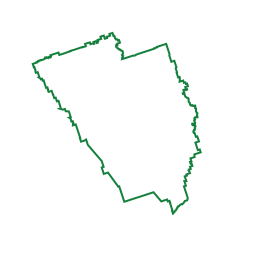 the district of West Arthur, Western Australia, Australia, rotated 252°
{"feature_id": "25037944B89790845522775", "entity_name": "West Arthur", "entity_type": "district", "adm_level": 2, "iso_a3": "AUS", "parent_name": "Australia", "parent_adm1": "Western Australia", "projection": "albers", "projection_center": [116.778, -33.44], "detail": "fine", "context": "isolated", "style": "outline", "palette": "green", "viewbox_px": 256, "rotation_deg": 252, "n_neighbors": 0, "source": "geoboundaries", "source_scale": "gbopen_adm2", "svg_char_len": 5612}
<svg xmlns="http://www.w3.org/2000/svg" viewBox="0 0 256 256"><g transform="rotate(252 128 128)"><path d="M137.8,194.6L138.4,193.8L138.4,193.4L138.5,193.3L139.4,192.9L140.1,192.2L143.2,192.2L143.2,190.9L144.1,190.8L144.1,192.4L147.0,192.4L147.0,194.6L146.2,194.6L146.2,196.1L146.7,196.1L146.7,195.1L149.2,195.1L149.2,197.9L150.1,197.9L150.5,198.0L151.2,197.9L152.0,197.9L152.0,196.7L153.7,196.6L153.7,195.1L156.1,195.1L156.1,191.4L158.2,192.3L159.3,192.5L159.5,192.8L160.6,192.8L160.6,191.3L162.6,191.3L165.5,191.3L165.6,191.8L170.1,191.8L170.7,192.8L177.6,192.8L177.6,189.7L184.2,189.7L185.3,190.3L196.2,190.3L196.2,180.5L195.7,180.5L195.7,177.5L195.3,177.5L195.3,158.3L194.9,157.7L194.8,156.3L195.3,155.5L195.3,143.7L195.6,143.9L195.5,144.1L195.5,144.5L196.0,144.7L196.2,145.0L196.5,144.9L196.8,144.3L197.0,144.5L197.4,145.1L197.9,145.5L198.0,145.3L198.7,145.1L198.9,144.8L199.2,144.8L199.3,145.0L199.6,145.3L199.8,145.9L200.0,146.1L200.9,146.2L201.1,146.5L201.9,146.5L202.5,146.6L202.8,146.6L202.9,146.3L203.3,146.1L203.6,145.5L204.0,145.5L204.5,145.1L204.5,144.8L204.9,144.7L205.1,144.4L205.4,144.4L205.6,144.3L205.6,144.1L205.4,143.9L205.6,143.6L206.3,143.2L206.6,143.2L206.9,143.1L207.0,142.9L207.6,142.5L207.8,142.2L208.1,142.2L208.3,142.1L208.5,142.1L208.8,141.8L209.2,141.8L209.3,141.9L209.2,142.1L209.7,142.2L209.5,142.5L209.8,142.9L209.8,143.2L210.0,143.2L210.2,142.9L210.4,142.9L210.3,143.1L210.4,143.6L210.9,143.5L211.5,143.7L211.6,146.7L214.3,146.7L214.3,145.4L215.0,145.4L215.6,145.3L215.9,144.5L215.9,144.0L216.2,144.0L216.8,143.6L217.2,143.6L217.5,143.4L218.0,143.7L220.0,143.4L220.0,142.6L223.2,142.6L223.2,139.4L221.3,139.4L221.3,135.9L220.0,135.9L220.1,133.5L223.4,133.5L223.4,130.0L221.0,130.0L221.0,129.0L221.2,126.5L219.7,126.5L219.7,125.5L218.5,125.5L218.5,124.3L220.5,124.3L220.5,121.8L218.5,121.8L218.5,121.4L219.0,121.2L219.3,120.9L219.3,118.2L221.2,118.2L221.3,113.2L218.8,113.2L218.8,109.7L219.1,109.7L219.0,100.8L219.2,97.0L218.8,97.0L218.8,93.2L218.7,93.1L218.7,87.7L218.7,85.2L221.2,85.2L221.2,77.3L221.2,76.9L220.5,77.1L219.9,77.0L219.6,76.6L219.3,76.5L219.2,76.4L219.0,76.1L219.1,75.9L219.3,75.9L219.4,75.5L219.9,75.2L220.1,75.1L220.0,74.7L219.5,74.6L219.3,74.4L219.0,73.9L219.2,73.6L219.6,73.5L219.9,73.6L220.0,73.0L219.8,72.8L219.8,72.5L220.0,72.2L220.5,72.1L220.4,71.8L220.0,71.5L220.5,71.0L220.0,70.7L219.7,70.4L219.9,70.1L219.6,69.7L219.3,69.4L219.3,65.9L219.6,65.9L219.6,63.4L218.9,63.4L218.9,61.4L218.4,61.4L218.4,57.2L214.8,57.2L214.8,57.8L212.7,57.7L211.7,57.9L210.3,57.4L209.0,57.4L209.0,59.4L203.7,59.4L203.7,58.8L202.2,60.0L201.3,60.1L201.4,61.4L200.7,61.4L200.7,61.5L199.4,61.5L199.4,62.5L191.5,62.5L191.5,63.9L189.3,63.9L189.3,63.6L186.9,63.6L186.9,66.9L183.0,66.9L183.0,67.1L179.2,67.1L179.2,68.6L175.3,68.6L175.3,70.3L170.9,70.3L170.9,70.2L167.4,70.2L167.4,69.1L165.6,71.7L165.6,73.9L163.2,73.9L162.0,76.9L156.1,76.9L156.1,75.2L155.1,76.0L155.1,76.3L151.5,76.2L151.5,77.6L149.0,77.6L149.3,77.1L147.5,76.4L147.5,79.4L133.2,79.5L133.2,79.1L129.5,79.1L129.5,82.8L130.0,84.6L124.3,84.6L104.7,92.8L98.6,92.8L98.6,90.8L91.8,90.8L91.8,95.2L75.2,100.6L75.2,101.6L59.0,101.7L59.0,132.4L47.9,137.0L47.9,143.1L45.9,143.1L45.9,145.0L44.4,145.0L44.5,144.8L35.9,144.8L35.9,144.3L32.6,144.3L32.7,144.7L33.4,145.1L33.5,145.4L33.7,145.9L33.8,146.2L34.0,146.7L34.7,147.2L35.0,147.6L35.0,148.2L35.3,148.8L35.9,149.0L36.7,150.2L36.9,150.3L37.2,150.3L37.3,150.8L37.5,151.1L38.1,151.5L37.8,152.1L37.8,152.3L38.8,153.7L38.9,154.7L39.2,155.3L39.1,155.5L38.8,155.7L38.7,155.9L39.0,156.6L39.1,157.1L39.4,157.4L39.6,157.9L40.0,158.3L40.3,158.8L40.8,159.1L41.0,159.4L41.0,160.8L40.8,161.4L41.0,161.9L41.4,162.3L42.1,162.8L42.6,162.9L43.1,163.2L55.2,163.2L55.2,165.2L60.1,165.2L59.5,167.1L64.5,167.0L64.5,169.3L65.8,169.2L65.9,173.0L66.7,172.9L68.1,173.0L68.8,172.5L69.8,172.2L69.7,172.3L69.7,175.0L72.0,175.0L72.0,177.5L74.7,177.5L74.7,176.5L76.7,176.5L76.7,178.0L79.8,178.0L79.8,182.4L80.4,182.4L80.8,182.6L81.4,182.7L82.4,183.0L82.4,189.6L85.4,189.6L85.4,187.6L93.3,187.6L93.3,191.4L98.6,191.3L98.6,189.9L102.7,189.8L102.7,189.6L102.9,189.1L103.9,188.9L104.4,189.0L104.7,189.2L104.8,189.3L104.7,189.3L104.9,189.6L105.3,190.3L105.5,190.6L105.4,190.8L105.6,191.0L106.6,191.5L107.0,191.4L107.3,191.4L108.0,191.9L108.7,192.2L109.0,192.6L108.9,192.7L109.1,192.8L109.3,192.7L109.5,192.5L109.8,191.8L110.3,191.2L110.7,190.3L111.2,190.1L111.8,190.2L112.3,190.4L112.3,190.7L111.9,191.4L111.3,192.1L111.2,192.5L110.9,192.7L111.0,192.6L110.9,192.5L110.9,192.8L111.2,193.0L112.0,193.2L112.2,193.4L112.4,193.2L112.7,193.3L113.5,193.2L113.3,193.3L113.5,193.3L114.5,193.2L114.6,193.4L114.8,194.0L115.1,194.4L115.3,194.4L115.6,194.2L115.7,194.3L115.9,194.3L116.2,194.1L116.3,194.3L116.6,194.3L116.6,194.2L117.1,194.4L117.4,194.9L117.3,195.4L117.3,195.7L117.2,196.2L116.8,196.9L116.7,197.0L116.7,197.4L117.0,197.5L117.3,197.4L117.6,197.5L117.9,197.5L118.0,197.3L118.6,197.3L118.8,197.4L118.9,197.7L119.4,198.0L120.2,198.2L120.4,198.3L120.2,198.3L120.3,198.4L120.7,198.6L121.1,198.4L121.4,198.1L121.4,197.9L121.8,197.7L121.6,197.8L122.4,198.0L122.7,197.8L123.0,197.8L124.7,198.5L125.3,198.7L125.4,198.3L125.7,198.1L126.0,198.2L126.4,198.0L127.0,198.4L127.3,198.5L127.8,198.5L127.9,198.8L128.6,198.8L128.7,198.4L128.4,197.7L128.5,197.5L128.7,197.0L129.7,196.6L129.7,196.1L129.8,196.0L129.6,195.8L129.5,195.6L129.7,195.2L129.9,194.9L130.1,194.9L130.0,195.0L130.3,194.9L130.2,194.9L130.7,194.3L131.5,194.3L132.5,194.6L133.3,194.3L133.5,194.0L134.3,193.9L134.8,193.9L135.2,194.1L135.3,194.1L135.7,194.2L135.9,194.4L136.7,194.4L137.5,194.7L137.8,194.6Z" fill="none" stroke="#15803d" stroke-width="2"/></g></svg>